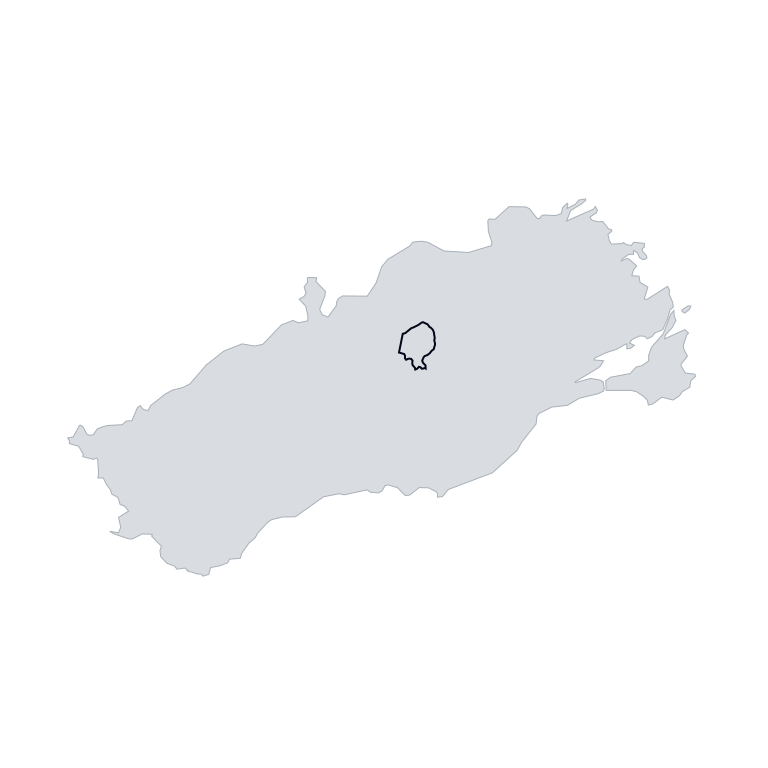 where Aksaray sits in Turkey, rotated 157°
{"feature_id": "TUR-3021", "entity_name": "Aksaray", "entity_type": "Province", "adm_level": 1, "iso_a3": "TUR", "parent_name": "Turkey", "parent_adm1": "", "projection": "natural_earth1", "projection_center": [33.872, 38.466], "detail": "coarse", "context": "in_parent", "style": "outline", "palette": "ink", "viewbox_px": 768, "rotation_deg": 157, "n_neighbors": 0, "source": "natural_earth", "source_scale": "10m", "svg_char_len": 4392}
<svg xmlns="http://www.w3.org/2000/svg" viewBox="0 0 768 768"><g transform="rotate(157 384 384)"><path d="M584.4,279.7L594.6,283.1L597.8,280.5L607.0,280.9L615.3,282.8L619.7,277.2L625.6,277.8L626.8,280.7L629.5,281.7L638.3,289.0L637.4,289.9L639.6,292.6L647.0,294.4L647.8,298.1L653.7,303.6L657.0,312.1L655.4,318.0L652.3,321.7L657.3,334.6L656.0,336.2L665.1,340.4L676.4,339.7L680.0,341.6L691.3,351.7L694.1,355.6L686.5,350.8L682.3,355.0L680.5,364.9L668.7,366.8L670.7,373.2L674.0,376.2L673.2,382.4L674.1,384.8L677.5,388.8L677.3,394.4L678.8,400.2L679.1,407.2L684.1,409.3L681.9,412.6L676.9,426.7L677.3,427.9L681.0,428.2L689.6,434.8L688.2,437.0L689.5,446.1L696.9,452.0L695.8,455.0L696.2,458.0L690.9,456.7L680.5,464.8L679.3,464.6L677.7,461.7L677.1,453.6L674.5,451.5L671.2,451.0L665.5,454.7L660.2,454.6L654.9,453.9L640.8,448.8L635.8,450.6L630.4,448.7L620.2,458.6L617.0,459.4L615.4,454.5L611.7,451.7L607.1,455.4L589.3,460.2L581.0,461.0L570.9,459.4L562.6,459.9L540.1,471.0L518.5,476.9L499.0,476.4L488.3,469.5L480.0,467.9L455.2,478.5L443.0,478.1L438.9,473.8L429.5,471.9L427.5,476.1L425.6,486.1L429.0,495.2L423.7,495.8L420.4,497.8L419.5,504.7L414.7,507.4L413.1,511.6L412.3,511.7L404.5,508.2L406.6,504.9L401.7,492.1L404.0,488.2L414.1,477.8L413.7,471.8L409.4,467.5L396.7,475.1L395.5,478.1L392.6,480.4L387.9,481.3L365.1,471.4L351.8,480.1L340.4,492.7L331.8,497.3L306.5,500.9L302.1,503.3L293.5,500.7L288.3,497.3L276.7,482.9L254.7,472.0L231.3,469.4L229.3,472.2L228.4,483.3L224.6,493.8L222.6,494.8L217.5,492.2L199.5,498.4L184.2,491.5L181.6,488.5L178.3,476.4L176.1,475.5L173.6,477.2L171.0,477.2L160.1,471.9L154.2,471.6L150.5,476.7L144.7,478.8L144.6,477.4L146.9,474.0L137.7,474.7L132.7,477.2L126.1,475.6L126.6,474.2L132.0,472.6L144.4,470.7L152.3,462.7L122.9,463.1L120.1,464.8L119.7,460.6L121.4,458.7L129.2,457.2L128.7,453.7L124.1,449.9L119.0,447.9L116.8,439.2L114.2,437.0L114.6,435.7L119.4,434.2L120.6,427.8L119.9,423.9L110.5,420.4L108.4,420.7L106.1,417.3L102.1,414.9L98.8,416.9L89.3,411.7L91.2,407.9L93.6,408.0L94.1,405.0L92.3,400.0L92.6,397.5L94.6,396.8L97.0,397.3L99.3,400.2L99.5,405.9L102.0,409.3L103.8,405.9L108.1,407.7L115.9,406.0L117.5,404.5L111.8,404.7L109.7,403.3L105.3,394.0L110.1,391.3L113.6,386.8L107.2,383.7L108.6,377.4L103.2,370.2L110.9,361.0L110.5,359.7L108.2,359.2L84.8,363.1L84.5,358.9L86.4,355.4L86.4,346.6L87.6,341.8L91.9,340.4L97.4,333.3L106.1,325.1L115.0,325.2L118.6,323.0L123.9,322.8L125.4,326.1L130.0,328.4L138.2,328.0L142.1,325.8L138.4,321.8L143.1,320.5L146.8,321.5L144.8,325.9L145.8,326.3L156.5,325.0L167.5,326.1L179.8,325.5L181.3,324.1L172.8,319.6L178.3,315.7L181.5,315.0L207.2,311.3L207.3,310.4L191.6,308.4L183.6,303.2L181.4,300.4L183.1,293.5L184.9,291.7L190.6,291.4L209.8,294.6L223.6,292.7L238.6,297.2L253.0,296.3L256.0,294.3L259.7,287.7L280.0,276.7L287.2,271.0L318.8,259.9L366.0,261.8L374.2,257.5L379.0,259.0L377.7,261.8L378.0,264.5L383.7,271.1L392.1,274.9L403.8,271.7L408.0,273.0L412.2,283.4L419.6,289.5L423.0,290.0L427.4,286.4L431.6,285.9L438.6,289.5L441.0,293.2L463.7,297.5L468.4,300.6L483.7,303.8L517.4,296.4L529.9,301.4L540.3,303.0L544.7,302.3L558.2,296.3L562.4,293.0L570.9,290.1L581.4,283.5L584.4,279.7ZM148.9,261.3L147.9,266.0L149.9,271.1L154.5,278.2L159.2,281.7L182.0,291.3L178.6,300.4L172.8,301.7L153.2,297.4L145.2,301.1L139.4,300.1L131.4,301.8L129.0,307.2L123.3,313.4L107.3,321.1L92.6,336.4L88.4,338.3L90.4,333.1L90.3,328.6L96.7,323.3L105.7,319.2L108.1,315.9L85.8,316.5L83.8,311.8L86.1,310.9L93.5,302.5L94.4,299.2L93.8,291.0L102.7,286.3L103.5,284.4L102.3,276.3L94.0,271.6L94.3,269.3L100.3,267.1L103.8,261.5L112.5,260.4L116.7,257.7L124.2,256.3L133.4,263.3L144.6,260.6L148.9,261.3ZM80.9,335.8L73.4,337.1L71.1,335.8L73.5,333.4L79.3,331.7L81.2,334.1L80.9,335.8Z" fill="#d9dde1" stroke="#a8b0b8" stroke-width="1"/><path d="M335.7,393.8L337.0,393.2L339.7,390.6L339.8,388.3L338.5,384.8L339.6,382.1L340.0,382.8L342.1,382.9L343.4,383.5L343.8,385.1L345.1,386.2L347.4,385.1L349.6,385.1L349.2,386.8L350.3,390.4L349.7,392.5L348.6,394.3L349.1,396.4L350.6,397.4L352.2,397.8L353.6,397.6L354.3,397.8L354.6,399.6L353.6,401.7L353.7,403.7L357.9,407.1L347.1,422.9L344.7,422.5L337.1,424.7L334.5,424.6L329.4,424.9L325.5,425.8L324.0,425.7L320.5,421.8L319.8,418.5L319.0,417.8L317.8,414.6L318.0,411.3L318.6,409.9L318.8,408.4L319.5,406.2L320.7,404.5L321.2,401.3L321.9,399.9L323.8,397.8L324.4,396.7L327.3,395.9L329.9,394.4L332.8,393.7L335.7,393.8Z" fill="none" stroke="#020617" stroke-width="2"/></g></svg>